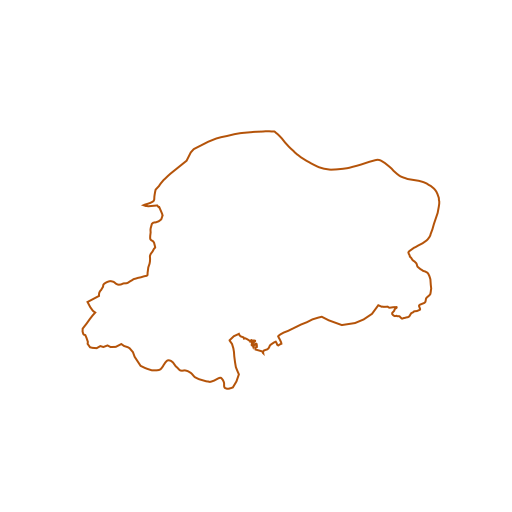 Kota Samarinda, Kalimantan Timur, Indonesia, rotated 63°
{"feature_id": "22746128B87893249930832", "entity_name": "Kota Samarinda", "entity_type": "district", "adm_level": 2, "iso_a3": "IDN", "parent_name": "Indonesia", "parent_adm1": "Kalimantan Timur", "projection": "mercator", "projection_center": [117.219, -0.51], "detail": "fine", "context": "isolated", "style": "outline", "palette": "amber", "viewbox_px": 512, "rotation_deg": 63, "n_neighbors": 0, "source": "geoboundaries", "source_scale": "gbopen_adm2", "svg_char_len": 6114}
<svg xmlns="http://www.w3.org/2000/svg" viewBox="0 0 512 512"><g transform="rotate(63 256 256)"><path d="M317.4,312.1L317.6,307.4L317.6,306.6L318.3,306.7L319.7,306.5L320.7,306.1L322.8,304.1L324.2,304.2L324.3,303.1L325.6,302.0L327.3,300.9L328.0,300.6L328.8,299.8L329.0,300.0L329.4,300.0L329.2,299.5L329.3,299.2L329.7,298.9L329.1,298.8L328.8,298.4L328.9,298.1L329.3,298.0L329.9,298.1L330.2,298.0L330.4,297.6L330.0,297.2L330.3,296.2L330.9,295.5L331.1,295.3L331.5,295.5L331.6,295.8L331.6,296.5L331.8,296.7L331.9,297.1L331.5,297.9L330.8,299.0L331.5,299.1L332.6,298.8L332.7,299.9L333.4,300.3L334.0,300.1L334.3,299.7L334.7,299.5L335.9,299.7L335.5,299.2L334.4,298.5L334.1,298.2L334.0,297.8L334.5,297.6L334.7,297.4L334.4,297.1L334.1,296.4L334.1,295.9L334.3,295.5L334.8,295.4L336.9,296.2L337.5,296.6L337.2,298.0L337.7,298.5L339.1,298.9L343.9,293.7L345.6,293.8L345.9,293.7L344.6,293.3L343.8,291.8L344.0,290.2L344.3,288.5L344.0,286.9L343.1,285.5L342.0,284.2L341.6,282.6L341.2,279.1L341.3,277.3L342.7,277.2L344.7,277.4L345.8,276.8L345.6,275.0L345.7,273.2L344.3,272.8L340.9,272.7L339.1,272.8L337.6,272.7L337.1,271.1L336.9,269.4L336.8,266.1L337.3,261.2L337.3,259.5L337.5,246.9L338.1,240.7L338.1,234.5L339.2,228.3L340.0,225.0L346.3,220.4L356.5,210.9L360.7,198.2L361.4,188.9L360.2,178.9L355.4,169.4L358.4,166.9L358.6,166.1L359.3,165.3L359.7,164.4L360.5,162.7L360.9,161.7L362.1,161.1L362.7,160.5L363.0,159.7L364.0,156.8L365.3,154.0L365.8,154.1L366.0,154.4L366.2,156.1L366.6,156.8L367.5,157.7L367.7,158.1L368.4,160.1L368.6,160.5L368.9,160.7L369.7,161.0L370.1,160.9L370.9,160.7L371.7,160.3L372.4,159.8L372.8,159.0L373.1,157.9L373.4,157.8L373.8,157.4L374.5,156.0L374.9,155.5L376.0,155.2L377.2,154.8L378.0,154.4L378.2,154.0L378.3,153.6L378.3,152.8L378.4,152.4L378.7,151.6L379.0,149.9L379.4,148.7L379.5,147.9L379.4,147.1L379.3,146.7L377.5,143.8L377.4,143.4L377.5,142.1L377.4,141.3L377.3,140.8L377.1,140.2L378.1,137.6L378.2,136.2L378.3,134.4L378.0,134.0L377.5,133.8L374.8,133.5L374.3,133.3L374.0,132.9L373.8,132.0L374.2,127.6L374.2,127.2L374.0,126.5L373.8,126.0L373.3,125.5L372.8,125.1L371.1,123.8L370.8,123.3L370.4,122.2L369.7,119.3L369.0,117.9L367.3,116.6L365.8,115.6L364.6,114.7L360.9,113.3L356.9,111.6L355.9,111.2L353.7,110.8L352.2,110.6L349.8,110.6L349.0,110.8L348.5,111.0L346.6,112.3L345.2,113.8L343.3,114.8L342.5,115.4L339.0,116.9L338.1,116.9L336.2,116.5L335.1,116.5L332.7,117.3L331.8,117.9L330.4,118.4L328.0,118.6L326.4,119.2L325.6,118.9L324.4,118.8L323.5,118.9L322.0,118.6L321.5,117.9L321.2,116.8L320.4,111.5L320.5,109.7L320.3,106.7L320.3,101.8L319.6,97.0L319.1,95.4L318.8,94.8L317.8,92.8L316.9,91.5L315.7,90.4L312.3,86.7L308.1,82.8L300.1,74.6L295.0,70.7L293.3,69.5L292.4,68.9L290.7,68.0L289.2,67.6L287.4,66.8L287.0,66.7L284.7,66.4L283.3,66.2L280.7,66.1L279.0,66.3L277.2,66.7L276.1,67.1L272.9,68.5L271.1,69.8L268.9,71.0L266.5,73.0L265.4,74.1L263.0,76.7L256.2,86.0L253.8,88.2L253.5,88.6L251.5,90.4L250.5,91.2L249.3,91.9L246.8,93.1L242.5,94.8L239.7,95.5L236.7,96.7L231.6,99.0L228.0,101.2L226.9,102.1L226.2,102.9L225.4,104.1L224.8,106.1L223.5,112.4L222.2,120.9L221.4,125.1L220.4,129.5L219.8,132.6L219.2,134.8L217.7,139.1L215.4,144.9L213.2,149.9L212.4,151.2L209.0,155.9L205.5,159.6L203.9,160.9L200.8,163.2L198.0,165.2L197.1,165.7L194.1,167.8L188.4,171.2L185.1,172.7L184.5,173.1L181.3,174.4L179.5,174.9L175.9,176.3L173.2,177.2L168.0,178.6L163.0,179.6L159.6,180.6L157.2,181.4L155.3,182.3L153.9,182.8L153.3,183.2L152.3,185.3L150.8,187.7L149.3,190.6L148.2,193.4L144.5,201.4L143.6,203.8L140.4,211.7L139.4,214.3L137.7,219.8L135.9,227.4L134.3,233.1L133.3,237.9L133.1,239.9L132.5,246.7L132.5,262.5L132.6,263.2L134.1,267.1L139.6,274.6L143.8,294.8L144.7,298.2L146.0,302.4L146.3,303.7L148.0,307.7L148.8,309.3L149.6,310.6L151.3,315.3L153.1,316.8L155.1,318.3L156.8,319.5L159.4,321.0L160.0,321.6L160.5,322.3L160.7,323.5L160.7,326.1L160.3,329.0L159.8,331.5L159.7,333.1L161.5,331.4L162.1,330.2L162.7,329.6L166.1,321.1L168.2,320.6L168.4,320.0L175.9,320.5L177.4,321.0L177.5,320.9L180.1,323.5L180.5,324.5L180.9,327.0L180.5,330.2L180.0,331.1L179.7,332.7L180.1,334.2L183.4,337.2L184.7,338.1L187.2,339.2L190.0,341.1L192.0,342.2L193.1,342.5L194.3,342.2L196.2,341.0L197.9,340.8L201.9,341.7L202.7,342.0L203.3,343.7L205.0,346.1L206.3,348.8L207.4,350.1L208.0,350.6L210.7,351.8L212.9,353.1L214.6,354.4L217.2,357.1L221.0,359.7L221.7,360.2L223.2,361.0L223.8,361.5L224.0,362.5L223.6,363.7L223.2,365.3L222.7,368.3L221.9,371.1L221.5,373.6L221.1,375.2L221.1,376.1L221.3,377.3L221.4,379.9L221.7,382.4L221.6,383.2L221.4,384.0L220.3,386.4L220.2,387.2L220.1,388.9L219.9,389.7L219.3,391.3L218.5,392.3L217.2,393.3L214.9,394.3L214.2,394.8L212.8,396.4L212.3,397.1L211.9,398.3L211.6,400.4L211.6,402.1L211.8,403.8L212.1,404.6L212.3,405.0L212.6,405.3L214.0,406.3L214.4,407.0L216.0,409.5L216.2,410.2L216.6,411.0L217.3,412.0L217.9,412.6L218.9,413.3L220.3,414.0L220.5,427.0L226.3,426.9L230.4,426.3L231.3,426.0L233.4,424.9L234.8,428.6L236.8,432.8L239.3,437.6L242.0,443.4L244.5,444.8L247.0,445.3L247.9,445.1L249.0,444.0L252.0,444.2L256.2,444.8L257.8,445.9L262.0,445.3L263.6,443.4L265.8,439.8L265.6,435.6L267.8,433.3L268.3,428.9L271.1,426.9L273.3,422.2L273.3,416.0L276.3,414.4L279.1,411.6L280.8,410.5L285.8,409.3L290.7,409.9L301.5,408.7L305.3,405.8L307.2,404.1L310.5,400.8L311.1,399.7L312.8,396.3L313.5,394.3L313.6,392.6L313.2,391.4L312.1,389.1L311.4,388.1L309.7,385.1L309.0,383.2L308.9,382.3L309.1,381.5L309.3,381.1L310.1,380.1L311.0,379.3L313.2,378.3L317.8,377.6L319.8,376.8L322.2,376.1L323.0,375.8L323.7,375.3L324.2,374.7L325.0,373.1L325.3,371.9L325.7,371.2L326.8,369.9L327.7,369.0L329.5,367.8L330.9,367.0L332.1,366.6L335.0,365.9L336.2,365.5L338.9,363.5L339.9,362.7L344.8,357.5L345.6,356.5L346.0,355.7L346.9,354.8L347.3,354.1L347.6,352.8L348.0,349.9L347.9,344.8L348.2,343.2L348.7,342.5L349.5,342.2L351.6,341.8L353.7,341.9L354.9,342.2L357.5,343.5L358.3,343.7L359.2,343.7L359.6,343.5L360.5,342.7L361.1,342.1L361.5,341.3L362.0,340.2L362.0,339.7L362.3,338.5L362.6,336.3L358.9,330.4L353.7,325.0L349.1,324.7L345.9,324.4L341.1,322.9L335.5,320.9L331.5,319.2L328.0,318.1L323.5,317.3L319.4,317.9L319.1,317.8L317.5,312.5L317.4,312.1Z" fill="none" stroke="#b45309" stroke-width="2"/></g></svg>